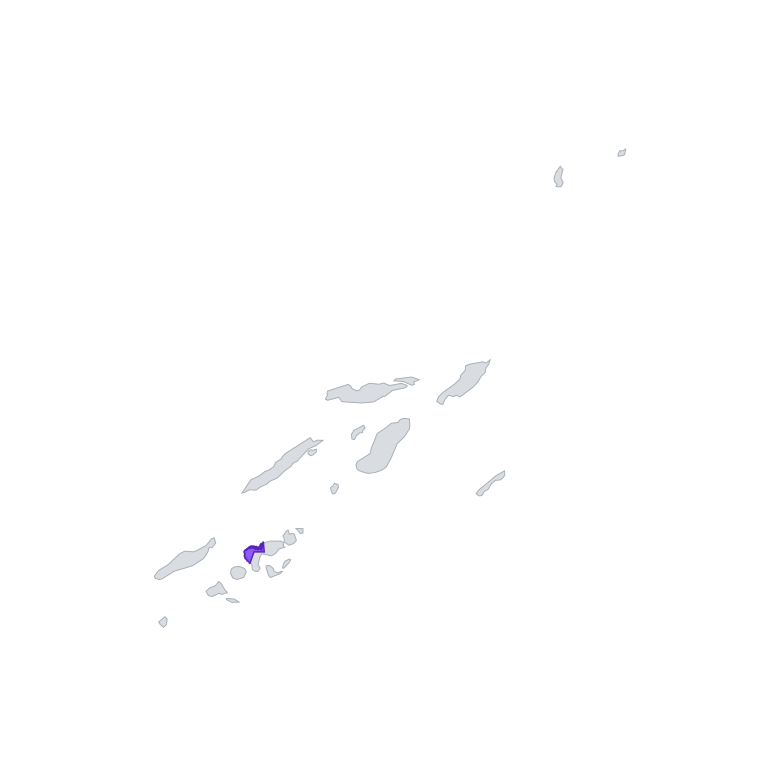 location of North New Georgia, Western, Solomon Islands, rotated 291°
{"feature_id": "97153195B59663356998763", "entity_name": "North New Georgia", "entity_type": "district", "adm_level": 2, "iso_a3": "SLB", "parent_name": "Solomon Islands", "parent_adm1": "Western", "projection": "orthographic", "projection_center": [157.587, -8.128], "detail": "fine", "context": "in_parent", "style": "filled", "palette": "violet", "viewbox_px": 768, "rotation_deg": 291, "n_neighbors": 0, "source": "geoboundaries", "source_scale": "gbopen_adm2", "svg_char_len": 8670}
<svg xmlns="http://www.w3.org/2000/svg" viewBox="0 0 768 768"><g transform="rotate(291 384 384)"><path d="M302.1,387.0L314.1,396.0L319.3,395.2L335.2,395.4L344.5,401.9L349.9,404.8L353.0,410.6L356.8,411.9L359.1,414.8L360.4,420.2L354.6,423.0L351.0,423.8L341.9,421.8L333.1,417.7L315.7,417.1L307.5,415.8L304.8,414.3L302.2,412.2L298.1,407.2L294.9,401.3L294.4,397.9L294.2,391.4L295.2,389.1L298.6,386.7L302.1,387.0ZM357.3,334.0L370.8,350.7L370.2,353.6L368.4,355.5L367.8,361.0L369.5,363.2L373.2,364.2L379.5,370.2L382.1,379.7L384.7,383.1L384.7,390.0L390.6,399.7L391.1,404.4L390.5,406.4L388.1,405.2L381.0,394.2L372.9,389.4L371.9,387.4L363.7,380.9L358.3,370.1L352.4,351.0L355.3,346.5L348.6,337.2L348.9,334.7L353.8,335.2L354.7,334.1L357.3,334.0ZM307.7,342.0L309.5,347.2L302.1,342.5L296.5,336.8L280.6,330.5L277.2,327.3L274.3,326.9L266.1,321.7L258.1,318.2L251.9,311.9L248.9,310.7L243.9,305.8L239.0,302.5L237.2,296.5L232.5,292.4L231.3,290.5L246.6,293.9L253.6,300.5L259.7,304.2L261.8,306.9L267.2,310.6L272.1,311.0L276.9,314.7L281.4,315.7L284.9,317.7L307.5,334.4L304.7,338.7L307.7,342.0ZM409.0,449.8L415.9,453.1L419.9,452.6L425.8,454.9L430.3,453.7L433.0,456.6L440.0,468.1L440.0,471.7L444.6,474.4L440.6,474.8L435.2,473.4L431.0,474.3L426.6,472.1L419.1,470.8L412.7,468.1L399.2,459.6L399.4,455.5L397.2,453.4L396.6,448.2L391.7,446.5L386.1,446.2L385.6,443.7L386.7,439.4L391.0,439.5L396.1,441.3L409.0,449.8ZM177.8,278.6L179.5,280.5L175.3,283.9L169.6,282.1L168.3,279.2L164.3,279.8L156.5,278.2L145.6,270.3L134.1,255.3L123.0,247.0L120.9,244.4L120.6,240.2L122.1,238.5L129.0,240.3L137.9,247.1L152.5,254.2L156.5,257.8L159.1,266.5L161.6,269.1L169.5,275.8L177.8,278.6ZM193.0,329.3L196.5,333.9L200.4,344.0L199.7,347.5L196.9,347.7L196.1,349.9L192.2,345.0L187.1,343.6L183.3,340.6L181.7,330.8L178.7,330.2L170.3,331.1L167.6,334.4L163.8,333.4L163.0,330.5L163.6,327.6L168.7,324.8L169.7,321.2L174.8,315.0L178.0,313.9L183.9,316.2L184.7,325.0L186.8,327.9L193.0,329.3ZM346.0,527.6L342.2,529.5L338.8,528.5L336.2,527.0L334.0,522.7L329.5,520.1L322.9,518.9L319.5,516.1L315.0,515.3L313.7,513.0L314.1,510.6L314.8,509.3L319.0,510.5L339.2,521.9L346.0,527.6ZM133.7,311.6L132.7,312.4L130.8,309.4L129.5,308.4L129.5,305.1L124.0,299.6L123.5,295.9L126.7,292.2L131.1,294.3L135.4,298.9L140.4,300.4L139.4,303.5L134.9,309.0L133.7,311.6ZM161.5,320.4L159.2,322.7L153.2,322.4L148.7,316.7L148.7,312.4L152.3,308.5L156.6,307.8L159.0,309.3L161.2,312.6L162.0,316.7L161.5,320.4ZM211.9,353.9L206.5,358.3L202.6,356.8L199.4,353.0L201.0,347.3L204.2,346.1L205.9,344.1L211.8,345.7L213.3,346.8L209.8,349.6L211.7,351.8L211.9,353.9ZM648.7,474.1L639.8,475.2L636.2,479.1L631.6,478.6L630.2,475.3L630.2,473.7L632.6,474.0L634.0,470.8L636.7,469.2L643.0,468.6L650.4,470.6L648.6,473.4L648.7,474.1ZM400.4,407.3L400.6,415.3L396.5,410.9L394.6,412.5L392.8,410.4L393.3,401.0L390.5,392.1L392.8,393.0L400.4,407.3ZM172.4,355.5L172.4,356.3L169.4,354.8L162.7,347.3L163.9,344.8L170.0,339.9L171.9,339.2L173.6,342.3L172.1,346.7L170.1,347.9L169.3,352.0L172.4,355.5ZM325.1,371.7L329.8,372.4L338.2,379.8L336.2,382.1L332.3,380.9L330.9,381.3L329.7,378.8L325.5,376.6L321.6,376.4L321.1,373.8L325.1,371.7ZM271.3,378.5L264.8,377.7L262.9,375.8L265.2,373.0L268.1,371.2L270.6,372.9L273.5,373.3L273.8,376.9L271.3,378.5ZM86.8,265.8L81.3,267.2L77.9,265.4L79.4,261.1L81.2,258.9L88.2,262.8L86.8,265.8ZM298.9,344.4L296.2,345.1L292.4,343.1L290.7,341.2L291.5,338.3L293.8,337.2L296.4,339.2L296.6,341.2L298.9,344.4ZM690.1,525.5L685.3,526.3L683.5,526.0L680.5,521.1L682.8,520.1L686.3,520.6L687.3,523.5L690.1,525.5ZM186.5,358.1L186.4,360.0L183.2,359.4L176.2,356.5L176.0,355.1L180.0,354.6L182.9,355.0L186.5,358.1ZM129.6,321.2L128.5,326.8L125.6,320.0L126.2,314.3L127.3,313.6L129.6,321.2ZM219.9,360.2L215.8,361.8L214.5,359.6L217.6,353.6L219.9,360.2Z" fill="#d9dde1" stroke="#a8b0b8" stroke-width="1"/><path d="M168.6,323.1L180.7,322.8L184.3,332.4L192.1,328.5L191.5,328.4L191.4,328.1L191.2,327.9L190.7,327.9L190.5,327.5L190.6,327.4L190.4,327.3L190.5,327.2L190.4,327.1L190.2,327.3L189.9,327.4L189.7,327.4L189.4,327.3L189.4,327.7L189.2,327.9L189.0,327.7L188.6,328.0L188.3,328.2L188.4,328.5L188.2,328.7L187.9,328.8L187.7,328.5L187.1,328.7L187.2,328.9L187.1,329.0L187.2,328.8L186.9,328.9L186.9,328.7L186.7,328.7L186.8,328.6L186.8,328.4L186.8,328.2L186.6,328.2L186.6,328.4L186.3,328.3L186.1,328.4L185.7,328.6L185.2,328.9L185.1,328.5L185.5,328.1L185.8,328.0L185.9,327.8L185.9,327.6L186.1,327.3L186.3,327.3L186.1,327.1L185.7,327.1L185.9,326.6L186.0,326.2L185.8,326.1L185.4,326.1L185.3,326.3L185.1,326.1L185.0,325.6L184.8,325.5L184.4,325.6L184.5,325.4L184.1,324.9L184.4,324.3L184.7,324.4L184.7,324.2L184.8,324.4L185.1,324.4L185.3,324.2L185.5,324.1L185.7,323.6L185.6,323.3L185.7,323.2L185.4,323.2L185.2,323.3L185.2,323.1L184.9,323.1L185.0,323.2L184.8,323.4L184.9,323.5L185.0,323.5L184.9,323.6L184.9,323.8L184.7,323.6L184.5,323.8L184.5,323.5L184.4,323.7L184.2,323.7L184.1,323.9L183.9,323.7L184.2,323.4L184.4,323.4L184.3,323.2L184.6,323.1L184.6,322.9L184.6,322.6L184.4,322.6L184.5,322.4L184.4,322.2L184.5,322.1L184.3,322.1L184.2,321.9L184.3,322.2L184.2,322.2L184.0,322.3L183.9,321.9L184.0,321.8L184.0,321.5L184.2,321.4L184.2,321.5L184.3,321.3L184.1,320.9L184.4,320.6L184.2,320.3L184.3,320.2L184.2,320.0L184.5,319.7L184.2,319.6L184.1,319.4L184.4,319.2L184.6,319.0L184.7,318.7L184.2,318.6L184.2,318.4L183.9,318.3L184.0,318.0L183.9,318.1L184.0,317.9L183.8,317.9L184.0,317.7L183.9,317.4L184.0,317.3L183.9,317.1L183.7,317.2L183.8,317.4L183.8,317.9L183.6,317.9L183.4,318.1L183.3,317.9L183.2,318.0L183.2,317.8L183.6,317.6L183.6,317.4L183.6,317.6L183.3,317.5L183.6,317.3L183.2,317.2L183.1,316.9L182.8,316.9L182.6,316.7L182.9,316.6L183.5,317.1L183.6,316.9L183.3,316.6L182.6,316.1L182.2,316.2L182.1,316.4L182.0,315.9L181.3,315.4L181.1,315.4L181.1,315.7L180.9,315.7L180.6,315.3L180.8,315.3L180.9,315.6L181.1,315.5L181.1,315.3L181.0,315.1L180.8,315.2L180.8,314.9L180.6,314.7L180.2,314.8L180.4,315.0L180.0,315.3L179.5,315.1L179.3,314.9L179.3,314.4L179.0,314.2L179.0,313.8L178.7,313.6L177.5,313.4L177.3,313.5L177.1,313.6L177.2,313.8L176.2,314.1L176.3,314.5L176.0,314.9L175.9,314.9L175.9,314.7L175.3,315.2L175.0,315.2L174.7,315.0L173.9,315.3L173.6,315.1L173.2,315.3L173.0,315.6L172.9,316.0L172.6,316.2L172.8,316.2L172.6,316.3L172.6,316.2L172.4,316.3L172.7,316.6L172.5,317.1L172.4,317.1L172.5,316.6L172.4,316.4L172.0,316.8L172.2,316.6L172.4,316.6L172.2,317.0L171.7,317.3L171.8,317.1L171.3,317.3L171.4,317.5L171.3,317.4L171.2,317.7L170.7,318.3L170.6,319.2L170.6,318.8L170.4,319.3L170.1,319.4L170.3,319.6L170.0,319.6L170.0,319.9L169.5,321.5L169.4,321.6L169.3,322.2L169.2,322.4L169.4,322.7L169.6,322.6L169.2,322.7L168.9,322.7L168.5,322.6L168.3,322.9L168.6,322.7L168.6,323.1ZM191.1,327.0L191.0,326.7L190.7,326.3L189.4,326.1L189.1,326.3L189.2,326.6L189.3,326.4L189.6,326.3L190.4,326.5L191.0,327.1L191.1,327.0ZM186.4,323.5L186.3,323.3L186.1,321.9L186.0,322.3L186.2,323.4L186.1,323.8L185.9,324.0L185.9,324.5L186.1,324.7L186.1,324.1L186.3,323.9L186.2,323.7L186.4,323.5ZM189.1,326.7L189.0,326.3L188.4,326.1L187.9,326.0L187.9,326.3L188.0,326.2L188.5,326.2L188.5,326.8L188.9,326.9L189.1,326.7ZM185.1,318.1L185.0,317.9L184.6,317.4L184.4,317.4L184.3,317.6L184.7,318.0L184.8,318.4L185.0,318.4L185.1,318.1ZM186.0,321.7L185.9,321.4L186.0,320.7L185.8,320.5L185.7,320.6L185.8,320.9L185.8,321.3L185.7,321.4L185.4,321.3L185.5,321.2L185.5,320.9L185.4,321.0L185.8,321.9L186.0,321.7ZM187.7,326.3L187.2,325.6L186.8,325.4L186.2,324.9L186.1,325.1L187.1,325.7L187.3,326.0L187.7,326.3ZM189.8,326.9L189.7,326.7L189.6,326.8L189.4,326.9L189.2,326.9L189.0,327.0L189.0,327.5L189.3,327.7L189.2,327.5L189.3,327.2L189.5,327.2L189.8,326.9ZM192.4,327.9L192.2,327.9L192.0,327.6L191.8,327.6L191.5,327.2L191.1,327.1L191.6,327.4L191.6,327.6L191.9,327.8L192.3,328.0L192.4,327.9ZM185.4,319.3L185.2,319.1L185.3,318.6L185.0,318.5L185.2,319.3L185.4,319.4L185.4,319.3ZM185.5,322.8L185.1,322.5L184.9,322.6L185.2,322.8L185.5,322.8ZM185.7,319.8L185.6,319.6L185.4,319.4L185.5,320.2L185.7,319.8ZM180.1,314.8L179.7,314.4L179.4,314.3L179.8,314.6L179.7,314.7L180.1,314.8ZM186.0,320.5L185.8,320.1L185.7,320.0L185.9,320.5L186.0,320.6L186.0,320.5ZM184.5,318.5L184.4,318.4L184.5,318.4L184.4,318.2L184.2,318.0L184.3,318.5L184.5,318.5ZM185.0,321.3L184.9,321.2L184.8,321.3L184.7,321.5L184.8,321.4L184.8,321.6L185.0,321.3ZM184.7,321.8L184.3,322.0L184.5,322.1L184.7,321.8ZM188.0,326.4L187.8,326.4L187.7,326.5L188.0,326.4ZM185.6,323.0L185.5,322.9L185.4,322.9L185.5,323.0L185.6,323.0ZM184.3,318.0L184.3,317.9L184.2,317.9L184.3,318.0ZM185.4,324.7L185.5,324.6L185.4,324.7ZM187.8,327.6L187.7,327.6L187.8,327.6ZM185.7,324.5L185.7,324.4L185.7,324.5ZM184.7,322.5L184.7,322.4L184.6,322.5L184.7,322.5ZM184.3,321.6L184.2,321.5L184.3,321.6Z" fill="#8b5cf6" stroke="#5b21b6" stroke-width="1.5"/></g></svg>